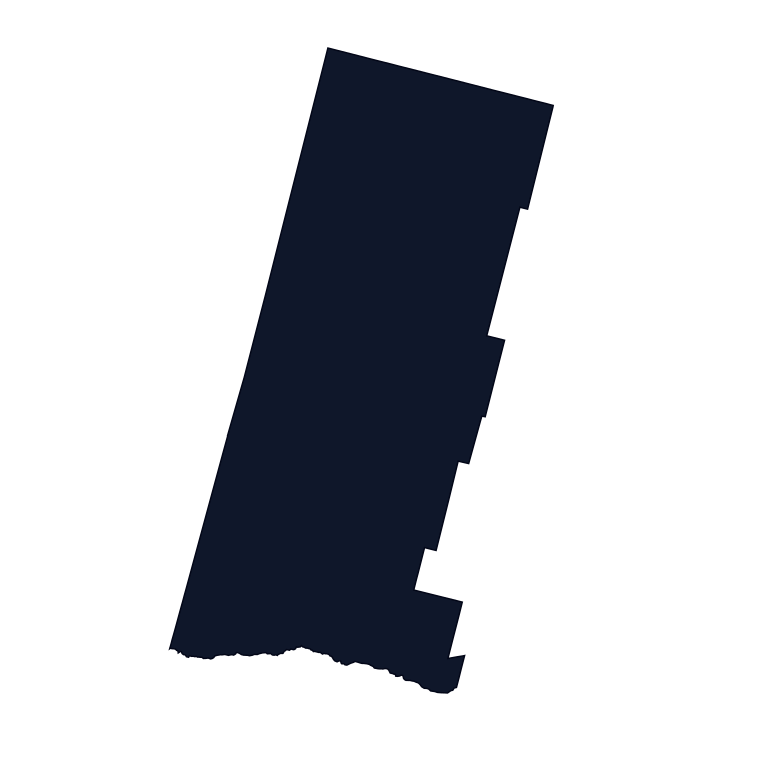 Alberdi, Santiago del Estero, Argentina (Equal Earth projection), rotated 284°
{"feature_id": "61730980B98253632785456", "entity_name": "Alberdi", "entity_type": "district", "adm_level": 2, "iso_a3": "ARG", "parent_name": "Argentina", "parent_adm1": "Santiago del Estero", "projection": "equal_earth", "projection_center": [-63.373, -26.57], "detail": "fine", "context": "isolated", "style": "filled", "palette": "ink", "viewbox_px": 768, "rotation_deg": 284, "n_neighbors": 0, "source": "geoboundaries", "source_scale": "gbopen_adm2", "svg_char_len": 3359}
<svg xmlns="http://www.w3.org/2000/svg" viewBox="0 0 768 768"><g transform="rotate(284 384 384)"><path d="M696.4,248.3L696.2,248.3L695.9,248.3L686.0,248.3L514.9,247.7L440.7,247.5L429.0,247.4L356.6,246.8L295.9,244.7L295.7,244.9L277.7,244.5L137.8,241.6L130.2,241.4L123.6,241.3L120.5,241.2L116.4,241.1L112.2,241.0L102.3,240.8L97.9,240.7L97.7,240.7L90.3,240.5L84.7,240.3L83.1,240.3L82.7,240.3L81.6,240.3L77.4,240.2L76.5,240.1L75.5,240.1L75.3,240.1L76.0,240.7L75.9,242.3L76.3,244.1L76.3,245.8L75.4,247.2L75.3,248.4L74.4,249.0L73.3,249.4L74.4,250.4L75.3,251.2L75.3,252.2L74.3,252.8L73.6,253.4L72.9,254.9L73.1,256.7L72.6,257.3L71.6,258.3L71.6,260.5L73.3,260.9L73.2,263.1L73.7,264.8L73.7,266.6L74.4,267.6L73.9,269.0L74.2,270.0L74.4,271.6L74.8,273.6L74.0,275.1L74.7,277.5L75.6,279.7L75.3,282.3L76.1,283.7L77.3,284.9L78.7,285.5L79.4,285.9L80.5,287.9L81.2,289.6L81.8,290.8L82.0,292.2L83.1,295.0L83.1,297.4L83.1,298.8L83.8,300.0L84.5,301.7L84.6,301.9L84.6,303.7L86.2,305.3L87.7,305.7L88.0,307.1L87.7,309.1L87.0,311.1L87.0,313.6L87.3,314.8L87.4,315.3L87.5,315.9L87.8,317.4L87.8,319.2L89.0,321.8L90.3,323.6L90.9,326.5L92.2,328.3L93.7,331.1L94.3,332.9L94.8,334.7L94.0,336.0L94.6,338.0L95.1,339.2L94.1,341.2L94.3,343.0L95.0,344.4L94.9,346.3L95.9,346.5L96.3,347.2L96.4,347.3L97.7,348.9L97.9,350.3L98.0,350.5L98.2,351.1L99.5,351.5L100.7,351.9L101.3,352.7L102.8,353.7L102.8,354.7L102.8,356.7L104.3,357.7L104.3,359.3L104.4,360.8L105.7,362.2L107.7,362.6L107.7,363.8L108.7,366.4L110.2,367.2L109.7,368.0L109.3,368.6L109.3,370.0L108.8,372.1L109.2,373.3L109.1,375.1L109.1,376.7L108.3,377.5L108.3,378.9L107.3,380.2L107.8,381.4L107.8,383.2L107.8,385.4L107.8,385.8L108.3,387.2L107.6,388.3L107.1,389.7L108.1,390.9L108.1,392.5L108.4,393.3L108.4,395.1L108.1,396.3L107.1,397.4L107.1,398.8L106.3,400.0L104.6,401.6L103.5,403.1L103.2,405.0L103.1,405.7L104.6,407.5L104.6,409.1L102.9,409.9L102.3,410.8L102.9,412.8L102.1,414.0L102.3,416.0L105.0,419.2L106.7,421.9L107.8,422.9L107.8,424.2L107.8,424.6L107.8,425.9L107.6,428.7L107.6,430.2L108.0,431.8L108.4,435.0L108.4,437.6L107.9,438.9L107.3,441.9L106.1,443.3L106.3,447.0L106.6,448.8L107.1,450.6L107.2,451.8L108.2,453.8L108.5,456.3L107.5,457.9L106.1,459.1L105.1,459.9L105.1,463.4L104.9,463.0L105.0,465.4L103.4,466.0L103.6,467.7L104.5,469.9L105.7,471.1L105.7,472.1L105.7,472.7L104.7,473.5L103.4,474.0L102.4,475.1L102.0,476.0L101.8,477.0L102.6,480.5L102.7,481.0L102.7,483.2L102.9,485.1L102.5,487.1L102.3,489.7L101.2,491.6L99.4,493.8L98.5,496.6L99.0,499.1L98.9,501.1L97.5,503.5L97.9,507.7L97.7,510.4L98.3,514.1L99.1,517.8L99.6,520.4L102.6,523.0L103.5,524.8L106.0,525.6L107.1,527.7L116.6,527.8L125.6,527.8L140.0,527.9L139.3,526.5L137.0,521.1L133.1,512.4L154.1,512.5L178.0,512.7L191.3,512.7L191.3,507.7L191.3,507.0L191.3,485.0L191.3,473.5L191.3,462.7L197.2,462.7L200.8,462.7L202.8,462.7L208.7,462.8L235.1,462.9L235.1,474.8L286.9,474.8L307.2,474.7L327.1,474.6L327.3,485.4L371.5,486.5L376.5,486.7L376.7,490.1L435.1,490.3L455.4,490.4L455.6,490.4L455.6,490.1L455.6,472.0L588.4,473.1L588.4,481.0L673.6,480.9L681.8,480.9L694.0,480.9L694.6,480.8L695.2,480.8L695.2,477.5L695.3,473.5L695.3,471.9L695.3,471.4L695.3,467.6L695.3,460.6L695.4,453.4L695.4,445.0L695.5,427.9L695.5,418.3L695.7,390.3L695.8,374.1L695.9,351.0L696.0,320.8L696.1,314.2L696.1,297.8L696.4,250.7L696.4,249.9L696.4,248.6L696.4,248.3Z" fill="#0f172a" stroke="#020617" stroke-width="1.5"/></g></svg>